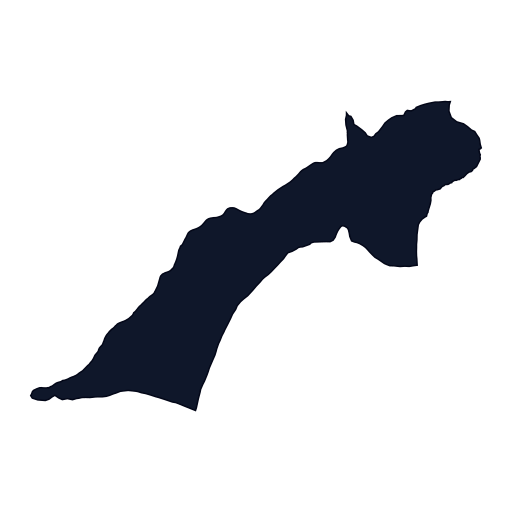 outline of Luangprabang, Louangphrabang, Laos
{"feature_id": "54806243B7800047317547", "entity_name": "Luangprabang", "entity_type": "district", "adm_level": 2, "iso_a3": "LAO", "parent_name": "Laos", "parent_adm1": "Louangphrabang", "projection": "robinson", "projection_center": [102.099, 19.82], "detail": "fine", "context": "isolated", "style": "filled", "palette": "ink", "viewbox_px": 512, "rotation_deg": 0, "n_neighbors": 0, "source": "geoboundaries", "source_scale": "gbopen_adm2", "svg_char_len": 6042}
<svg xmlns="http://www.w3.org/2000/svg" viewBox="0 0 512 512"><path d="M30.7,395.6L32.3,398.1L37.8,399.9L45.3,400.5L49.0,399.2L52.2,396.8L54.9,395.3L58.7,397.9L62.3,399.6L67.4,398.6L72.5,399.7L76.5,398.5L78.9,398.2L81.9,397.5L85.7,397.4L89.9,397.5L95.2,396.9L97.1,396.8L102.2,396.8L106.3,396.3L109.7,395.3L112.1,394.3L114.3,393.5L115.7,393.1L120.3,391.3L123.5,390.9L128.1,390.4L132.3,390.8L135.9,391.2L138.0,391.6L141.4,392.7L145.5,393.5L147.3,394.0L150.3,394.9L155.8,396.7L158.5,397.4L164.7,399.4L172.4,402.0L175.9,402.6L195.5,410.5L196.4,407.7L198.3,398.9L199.1,395.8L200.1,392.0L200.6,389.4L202.8,384.3L204.4,381.2L206.9,375.1L208.1,371.8L209.3,368.0L213.0,359.4L214.9,355.1L216.1,351.2L216.7,348.8L218.6,343.4L220.0,340.5L221.9,335.7L223.9,331.9L224.8,329.8L227.6,324.4L230.5,318.6L232.5,314.1L235.6,309.5L237.2,305.7L240.5,301.7L243.5,299.0L247.7,295.7L252.6,290.4L256.2,286.1L260.1,282.0L262.4,279.2L264.6,277.2L268.2,274.5L271.2,271.7L274.5,268.2L277.6,265.0L280.2,262.1L283.5,258.7L285.2,256.2L287.8,252.8L292.1,251.3L296.2,249.1L298.5,247.4L300.2,247.0L302.7,246.8L309.7,244.3L311.2,242.8L313.9,242.0L317.2,241.9L322.4,241.7L326.2,241.6L330.1,241.7L333.1,240.2L335.2,237.1L335.8,235.3L336.7,233.1L337.8,230.8L339.1,228.8L340.0,227.6L341.1,226.3L342.6,225.7L344.7,226.2L347.5,228.0L348.5,229.9L349.3,233.3L349.8,236.5L351.6,240.9L354.5,242.0L356.9,242.5L359.7,243.6L363.1,245.6L365.6,247.5L367.6,249.6L369.6,251.9L372.5,254.9L375.0,257.3L378.2,259.2L384.4,263.5L386.7,264.5L389.8,265.7L394.0,265.8L400.0,266.5L404.3,266.2L405.4,266.2L409.3,266.4L413.4,265.7L417.2,265.2L417.1,264.3L416.8,258.8L416.5,255.7L416.4,251.5L416.5,247.6L416.5,244.4L416.9,239.9L417.0,234.6L418.3,224.7L418.5,224.3L419.8,221.8L422.2,219.0L425.2,216.9L426.5,216.2L427.1,213.6L428.0,212.2L428.1,211.0L429.0,208.0L430.3,203.8L430.9,200.4L430.8,197.6L431.6,194.2L432.6,193.0L432.9,191.9L434.4,191.1L435.7,190.0L437.4,189.7L440.1,188.9L442.1,186.5L443.9,185.7L445.1,184.6L446.2,184.5L447.9,184.4L449.0,183.9L449.7,183.2L451.8,182.6L452.2,181.7L454.7,180.3L456.3,180.3L458.0,179.6L459.6,179.5L460.1,178.8L461.3,178.3L461.8,177.5L463.1,177.5L464.7,176.0L466.8,173.7L469.0,172.1L471.1,171.6L472.5,170.4L472.7,169.3L474.2,168.4L476.5,166.6L480.2,159.2L480.2,157.7L479.9,156.3L480.3,154.7L479.6,153.3L479.2,151.3L478.9,149.4L480.4,148.8L481.3,147.9L481.0,147.0L480.2,144.3L479.6,140.1L479.1,138.2L476.7,134.7L474.7,131.5L471.4,130.0L467.6,126.7L463.5,123.8L456.7,121.8L451.3,117.6L448.9,111.1L449.2,105.1L450.3,101.6L448.1,101.8L445.1,101.5L442.2,101.8L438.2,102.1L435.0,102.1L432.9,102.5L428.8,103.3L424.8,104.3L420.6,105.6L418.2,106.6L416.2,107.4L415.5,108.7L411.5,110.8L409.7,110.8L407.3,110.4L405.5,111.9L403.8,115.4L402.0,115.6L396.6,115.7L391.8,117.8L388.6,120.0L385.0,123.0L382.4,126.8L378.5,131.8L375.8,133.8L373.9,136.4L371.3,137.4L367.2,135.9L365.2,132.8L361.9,129.9L356.8,126.1L353.9,124.5L353.1,120.2L350.9,116.4L348.7,115.8L346.5,112.9L346.5,115.4L345.6,119.3L346.0,125.0L347.5,131.1L347.3,132.1L347.5,133.2L347.4,134.9L347.6,138.2L347.7,140.0L347.9,141.3L347.9,142.3L347.6,143.6L347.3,144.7L346.8,145.8L346.1,146.5L344.7,147.2L342.7,148.0L339.3,148.7L336.4,150.2L333.8,152.5L332.4,154.2L330.6,156.8L328.8,158.8L326.7,160.7L323.7,162.3L322.6,162.8L321.2,162.8L319.3,162.8L317.1,162.6L315.7,162.6L314.3,162.9L312.9,163.6L310.6,165.1L308.0,166.9L307.0,167.6L305.5,168.5L303.3,169.5L301.7,170.7L300.6,171.7L298.6,174.1L295.9,176.9L294.3,178.2L292.8,179.8L290.3,182.0L285.3,185.3L283.2,186.4L278.0,189.8L273.4,193.5L272.6,194.4L270.6,195.9L268.9,197.7L267.3,199.5L265.8,201.0L264.4,202.6L262.8,205.3L261.9,206.4L260.9,207.8L259.8,209.1L258.7,210.0L257.6,210.6L256.2,211.6L255.2,212.4L253.6,213.3L251.9,213.8L250.6,214.0L249.1,213.9L247.6,213.7L246.1,213.1L245.0,212.8L241.9,211.7L239.3,210.5L236.2,208.8L234.3,208.0L232.7,207.8L230.0,207.9L228.7,208.4L227.6,208.9L226.6,209.9L225.5,211.4L224.3,213.4L222.9,215.0L221.3,216.0L219.7,216.6L217.8,217.2L216.1,217.6L213.8,217.7L210.5,218.2L208.8,218.7L208.0,219.1L206.9,219.8L206.2,220.4L205.0,221.8L203.6,223.5L202.6,224.6L201.6,225.7L200.7,226.3L199.5,227.2L197.2,228.4L195.1,229.2L192.6,230.0L191.6,230.5L190.5,231.0L189.2,232.0L188.3,232.9L187.6,234.2L186.5,236.6L186.0,237.7L185.0,239.3L184.3,240.8L182.4,244.6L181.4,245.5L180.5,246.2L180.1,247.5L179.5,248.8L179.0,249.8L178.7,250.8L178.0,254.2L177.8,255.2L177.5,256.5L176.8,259.0L175.8,261.8L174.8,264.1L174.4,264.9L174.0,266.5L173.1,268.0L171.9,269.1L171.0,270.1L169.4,271.3L167.1,272.2L165.1,272.8L164.1,273.4L162.9,273.9L162.2,274.4L161.5,275.2L160.8,275.9L160.4,276.7L160.1,277.4L159.9,278.3L157.7,286.0L155.2,291.1L154.8,291.7L154.5,292.5L153.8,293.5L153.1,294.2L151.4,295.5L150.0,296.4L149.5,296.9L148.8,297.5L147.8,298.6L146.8,299.2L146.3,299.7L145.6,300.3L145.0,301.0L144.4,301.7L142.4,303.6L140.7,305.4L139.4,306.4L138.8,307.2L138.0,308.1L137.5,308.8L137.1,309.4L136.6,309.9L135.6,311.2L134.7,312.0L133.7,312.8L133.2,314.1L132.5,315.3L130.8,316.8L128.8,318.6L127.1,319.6L125.8,320.4L124.1,321.2L122.1,321.9L119.8,322.8L118.7,323.3L117.6,323.9L116.9,324.5L116.6,325.0L115.4,325.9L114.6,326.9L113.9,327.6L113.0,328.4L112.3,328.8L111.5,329.5L110.8,330.1L110.3,330.8L109.6,331.2L109.0,332.1L108.5,332.8L107.7,333.7L107.0,334.5L106.3,335.5L105.9,336.2L104.7,338.5L104.1,340.5L103.3,342.4L102.9,343.6L102.2,345.0L100.9,346.3L100.1,347.2L99.3,348.2L98.6,349.9L98.4,350.8L98.0,351.6L97.4,352.4L96.7,353.2L96.2,353.8L95.3,354.8L94.6,356.0L94.2,357.0L93.3,358.8L92.0,360.9L90.9,362.1L90.0,363.2L89.5,363.9L89.0,364.6L88.4,365.0L87.8,365.5L87.3,366.0L84.7,368.7L83.8,369.6L82.9,370.6L81.8,371.4L80.8,372.0L80.1,372.5L79.6,372.8L78.9,373.3L78.1,374.0L76.7,375.0L75.7,375.6L74.7,376.0L73.5,376.6L71.9,377.1L71.0,377.5L70.0,377.9L68.4,378.8L67.0,379.4L65.1,380.1L64.3,380.3L63.8,380.4L63.1,380.4L62.3,380.7L61.9,381.1L60.8,381.7L58.2,382.4L56.3,383.1L54.5,384.3L52.3,386.0L50.2,386.8L48.8,388.1L48.3,387.6L46.2,388.0L43.0,387.9L41.4,387.7L39.5,387.8L36.6,388.9L33.5,390.4L32.4,391.7L31.6,394.0L30.7,395.6Z" fill="#0f172a" stroke="#020617" stroke-width="1.5"/></svg>